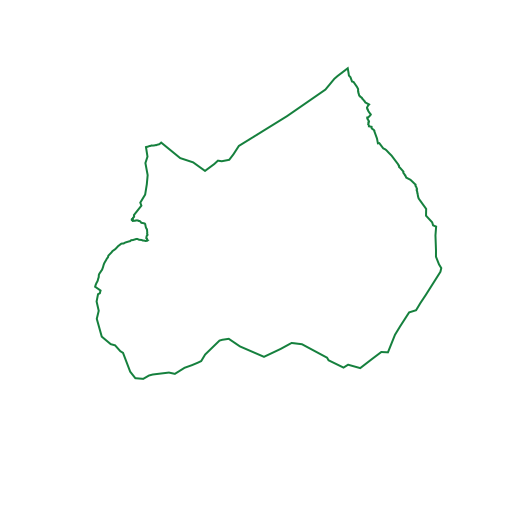 outline of Altai, Hovd, Mongolia, rotated 240°
{"feature_id": "93677404B38037310597400", "entity_name": "Altai", "entity_type": "district", "adm_level": 2, "iso_a3": "MNG", "parent_name": "Mongolia", "parent_adm1": "Hovd", "projection": "natural_earth1", "projection_center": [92.813, 45.736], "detail": "fine", "context": "isolated", "style": "outline", "palette": "green", "viewbox_px": 512, "rotation_deg": 240, "n_neighbors": 0, "source": "geoboundaries", "source_scale": "gbopen_adm2", "svg_char_len": 5699}
<svg xmlns="http://www.w3.org/2000/svg" viewBox="0 0 512 512"><g transform="rotate(240 256 256)"><path d="M309.8,101.3L303.8,104.1L301.8,102.1L301.9,100.1L296.3,95.2L287.2,92.4L281.2,86.7L263.3,82.1L252.3,86.1L249.1,89.3L241.4,90.9L238.6,92.4L218.7,89.2L210.5,90.4L206.0,96.9L206.0,103.6L205.0,107.3L203.9,109.9L198.6,122.3L194.5,126.8L194.9,138.3L193.5,145.9L192.7,152.2L192.4,156.0L196.1,162.7L201.0,182.1L200.3,184.9L197.9,191.0L185.7,196.9L164.7,212.5L163.2,230.8L162.9,243.3L156.6,251.7L132.4,266.7L129.4,266.7L115.6,276.0L115.8,281.4L106.8,290.2L108.8,305.1L110.2,316.5L106.6,322.1L118.3,337.0L123.1,345.8L130.6,360.4L129.0,367.5L133.2,375.1L137.3,383.4L150.1,407.8L152.9,410.4L157.3,410.3L165.4,411.5L170.9,414.7L184.1,421.7L191.4,426.7L194.0,424.7L197.1,425.4L205.9,423.4L211.7,426.9L224.5,425.6L225.1,425.8L225.4,425.8L225.8,426.0L226.1,426.0L226.3,426.0L226.6,426.1L226.9,426.3L227.1,426.3L227.5,426.5L228.0,426.6L229.1,427.1L229.6,427.3L230.0,427.2L230.1,427.3L230.5,427.5L230.9,427.7L231.2,427.7L231.6,427.9L231.9,427.9L232.1,427.9L232.6,428.0L232.8,428.1L232.9,428.5L233.3,428.5L233.5,428.6L233.7,428.9L233.8,429.0L234.0,429.1L234.8,429.1L235.7,429.3L236.2,429.3L236.4,429.2L236.7,429.2L237.3,429.3L237.5,429.4L237.7,429.6L237.8,429.8L238.1,429.9L238.3,429.8L238.8,429.6L244.7,427.9L248.8,425.3L249.0,425.4L249.3,425.4L250.5,425.5L250.9,425.5L251.1,425.6L251.3,425.5L251.4,425.3L251.5,425.3L252.2,425.5L252.7,425.4L253.0,425.3L253.5,425.3L254.0,425.2L254.3,425.2L254.9,425.4L255.2,425.6L255.3,425.8L255.6,425.8L260.6,424.8L260.8,424.7L261.1,424.5L261.4,424.4L261.9,424.6L262.1,424.7L262.4,424.7L262.5,424.8L262.8,425.0L263.0,424.8L263.5,424.8L264.3,424.9L264.5,424.9L270.2,424.2L275.2,423.6L278.5,422.7L282.7,421.7L284.0,421.1L285.6,420.0L292.1,419.2L292.6,417.9L297.2,419.5L304.5,420.8L305.1,420.9L305.2,421.1L305.9,421.1L306.0,421.1L306.4,421.0L308.6,420.0L310.1,420.7L311.8,418.7L311.9,418.8L312.1,419.0L312.4,419.0L312.8,419.0L313.2,419.1L313.3,419.1L313.6,419.1L313.9,419.0L314.0,419.1L314.3,419.3L314.6,419.6L314.8,419.7L314.8,419.8L314.8,420.0L315.2,420.4L315.4,420.4L315.7,420.3L315.8,420.4L315.8,420.7L315.9,421.0L316.1,421.2L316.3,421.2L319.1,421.1L319.1,421.3L319.4,421.6L319.6,421.7L320.0,421.7L320.3,421.7L320.0,422.9L320.8,425.6L321.2,426.2L323.2,425.9L325.3,425.7L325.7,425.8L325.8,425.8L326.2,425.8L326.3,425.9L326.6,425.9L326.7,426.0L326.9,426.0L327.1,426.1L327.3,426.1L327.4,425.9L327.5,425.9L327.7,426.0L327.8,425.9L328.2,426.0L328.5,426.1L329.0,426.3L330.2,428.2L330.7,429.7L334.4,427.4L335.7,427.5L335.9,427.4L336.3,427.2L336.7,427.2L337.1,427.1L337.7,427.1L338.0,427.0L338.5,426.9L338.8,426.7L339.2,426.7L340.1,426.8L340.4,426.5L340.5,426.5L341.0,426.4L341.3,426.3L341.6,426.1L341.8,425.9L342.9,425.9L343.1,425.8L343.3,425.6L343.7,425.7L344.2,425.8L344.3,425.8L344.5,425.9L344.6,426.0L344.8,426.1L345.6,426.1L345.9,426.3L346.0,426.3L346.6,426.4L346.9,426.7L347.2,426.7L347.4,426.8L347.8,426.8L348.0,426.9L348.3,427.2L348.6,427.4L349.2,427.7L349.5,427.9L351.9,428.0L357.9,427.5L359.1,426.4L363.6,427.2L365.8,426.7L368.6,427.8L372.7,429.3L371.1,416.7L370.3,412.5L365.4,399.3L361.6,352.7L359.9,296.2L355.3,287.2L352.7,280.9L355.2,273.7L357.6,270.7L356.5,265.8L355.2,254.4L368.5,248.4L378.7,239.3L401.6,230.6L401.4,229.8L401.3,229.1L401.2,227.7L401.5,227.0L401.8,225.9L401.8,225.2L402.0,224.8L402.1,224.6L402.3,224.4L402.4,223.9L402.5,223.5L402.8,222.8L402.9,222.5L403.3,221.7L404.0,220.7L404.0,219.8L404.3,219.4L404.5,218.6L404.9,216.4L405.1,216.0L405.3,215.6L405.4,215.3L405.4,215.2L396.3,211.7L391.8,206.7L380.2,202.6L372.7,197.3L364.6,190.7L360.1,182.5L356.9,181.9L352.5,170.8L352.1,170.7L351.8,170.4L351.4,170.3L351.0,170.1L350.8,169.8L350.6,168.6L349.9,168.1L349.7,168.0L349.2,167.5L349.2,167.3L349.3,167.2L349.6,167.3L349.8,167.3L349.9,167.1L350.0,167.0L349.9,166.8L349.7,166.6L349.2,166.4L348.5,166.7L347.9,166.8L347.8,167.0L347.8,167.3L347.8,167.6L347.7,167.8L347.6,168.0L347.4,168.1L347.2,168.4L346.9,169.2L346.9,169.7L346.8,170.0L346.6,170.2L346.5,170.4L346.4,170.6L346.2,170.8L346.1,171.0L346.0,171.3L345.9,171.5L345.1,171.8L344.9,172.1L344.5,172.7L344.2,172.8L343.8,173.0L342.9,173.2L342.4,173.2L342.1,173.3L341.8,173.6L341.1,174.5L340.2,175.4L339.9,175.8L339.1,176.0L338.5,175.8L337.6,175.5L336.1,175.0L335.5,174.9L334.9,174.8L334.3,174.8L334.1,174.9L333.7,174.9L333.2,174.7L332.7,174.5L331.9,174.1L330.6,173.5L330.3,173.3L330.0,173.0L329.8,172.9L329.4,172.7L328.9,172.8L328.7,172.7L328.4,172.5L328.3,172.2L328.2,171.8L328.1,171.5L328.0,171.4L327.7,171.1L327.2,170.6L326.7,170.3L326.4,169.9L326.2,169.9L326.0,170.0L325.8,170.1L325.6,170.2L325.3,170.2L324.9,170.0L324.5,169.8L324.2,169.8L323.7,170.1L323.6,169.5L323.8,169.0L324.0,168.3L324.2,167.9L325.3,166.8L325.8,166.0L326.0,165.7L326.6,165.3L326.9,165.1L327.2,164.8L328.5,162.9L328.9,162.6L329.9,161.9L330.2,161.6L330.5,161.0L330.7,160.5L330.8,159.7L331.0,159.1L331.3,157.6L331.5,157.1L331.7,156.6L332.0,156.1L332.1,155.7L331.8,154.5L331.8,154.3L332.1,153.6L332.1,153.3L332.3,152.7L332.4,152.2L332.7,151.0L333.0,149.6L333.1,148.7L333.0,147.8L333.3,147.0L333.7,146.4L333.9,145.9L334.0,145.3L333.6,142.6L333.6,141.9L333.4,141.3L333.2,140.6L332.5,138.3L332.3,137.5L332.2,136.5L332.0,134.1L331.4,132.8L330.5,129.6L330.2,128.6L330.0,128.2L329.8,127.9L329.5,127.7L329.1,127.4L328.9,127.1L328.7,126.7L328.6,126.4L328.5,125.9L328.3,125.5L327.9,124.9L327.4,124.1L326.3,122.1L325.5,120.8L324.4,119.5L322.9,118.0L321.3,116.1L320.9,115.5L320.5,114.5L320.2,114.0L320.0,113.6L319.6,112.7L318.8,111.2L318.5,110.8L318.0,110.3L316.9,109.6L316.2,109.1L315.1,107.8L314.1,106.9L313.2,105.8L312.7,104.8L312.4,104.4L311.9,103.7L311.3,102.9L310.7,102.2L309.8,101.3Z" fill="none" stroke="#15803d" stroke-width="2"/></g></svg>